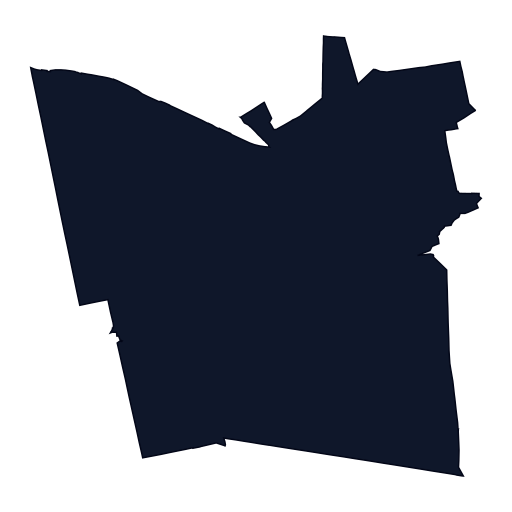 the district of Daudzeses pag., Jaunjelgavas, Latvia
{"feature_id": "27541924B85634825101780", "entity_name": "Daudzeses pag.", "entity_type": "district", "adm_level": 2, "iso_a3": "LVA", "parent_name": "Latvia", "parent_adm1": "Jaunjelgavas", "projection": "orthographic", "projection_center": [25.199, 56.482], "detail": "fine", "context": "isolated", "style": "filled", "palette": "ink", "viewbox_px": 512, "rotation_deg": 0, "n_neighbors": 0, "source": "geoboundaries", "source_scale": "gbopen_adm2", "svg_char_len": 5678}
<svg xmlns="http://www.w3.org/2000/svg" viewBox="0 0 512 512"><path d="M193.5,448.1L199.8,446.9L200.8,446.5L206.8,445.1L216.2,442.9L218.7,443.7L224.5,445.6L225.0,445.9L225.4,444.9L224.9,441.8L223.7,438.0L229.2,438.9L235.5,439.8L243.4,441.1L251.1,442.3L260.0,443.8L268.5,445.1L269.0,445.1L275.7,446.2L280.8,447.0L289.0,448.3L298.7,449.8L307.2,451.1L316.7,452.6L324.1,453.8L329.2,454.6L330.5,454.8L342.4,456.6L343.1,456.7L355.4,458.7L365.2,460.2L374.6,461.7L382.5,463.0L392.2,464.5L401.0,465.9L409.8,467.3L421.7,469.2L431.4,470.8L440.3,472.2L448.6,473.5L455.4,474.6L456.5,475.0L462.0,475.9L463.3,476.0L458.5,467.3L458.8,460.4L459.0,450.2L458.7,442.1L458.2,430.4L458.3,430.4L458.3,429.3L458.2,429.0L458.3,428.9L457.9,428.7L457.9,427.3L457.6,422.6L456.1,410.5L454.8,398.5L454.2,393.9L453.6,388.3L452.8,381.3L450.8,369.6L449.8,363.4L449.0,350.6L448.7,338.1L448.1,322.3L447.8,308.2L447.5,300.7L447.3,291.0L446.9,280.2L446.7,270.0L441.2,264.6L433.4,257.1L433.6,255.7L433.1,254.6L430.3,254.0L427.1,254.4L417.4,255.5L422.2,253.5L429.9,250.5L430.5,249.4L432.0,246.4L434.2,245.5L435.3,245.0L437.8,244.0L438.9,243.6L438.4,239.3L438.0,237.8L437.2,236.0L439.2,234.3L439.7,231.9L439.5,231.7L441.4,230.0L442.3,229.1L442.9,228.6L443.4,228.2L443.8,227.7L444.2,227.3L444.3,227.1L444.3,226.9L444.4,226.2L446.3,225.9L447.9,225.7L449.9,225.4L451.0,225.3L451.2,225.0L451.2,224.8L451.4,224.5L451.8,223.5L452.2,222.7L452.4,222.5L452.9,221.8L453.3,221.3L454.0,220.4L454.3,220.0L454.6,219.8L455.5,219.2L456.5,218.5L457.5,217.9L458.4,217.4L458.6,217.2L458.9,216.9L459.0,216.5L459.2,216.0L459.7,214.8L459.8,214.4L460.1,213.4L464.9,213.4L467.9,212.3L468.4,212.1L469.3,211.7L475.4,209.0L478.1,207.8L476.8,204.7L476.8,204.4L476.5,203.3L481.3,198.3L479.0,196.5L479.1,193.5L471.8,193.3L471.8,193.6L464.7,193.5L459.3,193.4L458.2,191.9L458.1,191.4L456.8,191.1L456.0,187.6L455.5,185.0L454.8,182.1L454.4,180.4L454.1,178.7L453.5,175.5L453.0,173.3L453.0,173.1L452.8,172.7L452.2,170.2L452.1,169.9L451.5,167.0L450.2,160.7L449.7,158.3L449.5,157.3L449.0,155.4L447.7,149.5L446.3,142.6L445.8,138.3L445.5,136.0L444.9,131.8L444.8,130.8L445.7,130.5L446.9,130.3L448.6,130.0L449.0,129.9L449.8,129.9L450.4,129.8L450.8,129.8L453.1,129.4L454.2,129.2L456.0,128.8L457.8,128.6L457.2,126.7L457.0,125.6L456.2,122.5L457.6,121.6L463.9,117.9L470.6,113.4L475.2,110.6L475.3,110.2L474.2,109.2L470.0,104.9L468.8,103.7L468.2,100.8L467.4,96.9L466.3,91.6L465.6,88.3L465.2,86.4L464.0,80.9L463.5,78.3L463.3,77.5L462.9,75.5L462.4,72.8L462.2,71.7L462.1,71.4L462.0,71.0L460.8,66.3L459.8,61.4L449.3,63.0L443.6,64.0L442.4,64.2L439.6,64.6L432.9,65.6L432.0,65.7L425.2,67.1L419.4,67.6L415.2,68.2L410.4,68.9L407.6,69.3L403.4,69.9L399.3,70.5L395.1,71.0L391.0,71.5L387.0,72.1L383.0,71.7L380.3,71.5L376.1,69.8L375.8,69.8L375.6,69.6L373.5,69.4L369.0,73.7L365.7,76.8L365.1,77.4L361.5,80.8L360.3,81.9L357.9,84.3L357.3,82.2L357.2,81.8L356.1,78.2L355.2,75.1L353.9,70.4L353.4,68.8L352.8,66.7L350.9,59.9L349.6,55.6L349.0,53.7L348.5,51.7L345.5,41.3L345.4,41.0L344.5,37.7L341.2,37.5L334.0,36.9L333.3,37.0L330.4,36.8L327.6,36.6L326.4,36.4L324.0,36.1L323.6,36.0L323.5,38.5L323.5,43.1L323.3,46.9L323.1,54.7L323.0,61.7L322.8,64.2L322.8,68.8L322.7,73.5L322.7,79.2L322.5,84.2L322.5,85.4L322.5,86.8L322.4,88.6L322.5,90.4L322.5,93.6L322.4,94.8L322.4,95.4L322.3,95.9L322.4,98.0L319.5,100.4L314.8,104.2L311.2,107.2L307.0,110.6L306.8,110.9L305.8,111.7L300.4,116.1L296.1,118.5L292.9,119.9L293.0,120.0L292.8,120.1L288.9,122.4L283.5,125.5L277.6,128.7L276.9,129.2L276.0,129.5L274.0,129.5L273.5,129.4L273.5,129.2L271.3,125.2L269.3,122.4L271.6,118.4L270.1,115.1L268.6,111.9L266.9,108.3L265.3,104.7L264.3,102.4L264.2,102.3L261.2,104.2L250.7,111.1L247.0,113.3L246.5,113.6L241.7,116.6L240.5,117.3L240.4,117.3L241.3,118.1L242.0,118.9L242.6,120.2L244.4,122.9L248.5,125.0L249.1,125.6L250.0,126.5L250.2,126.4L251.3,127.5L252.2,128.4L254.4,130.6L255.4,131.6L256.6,132.9L256.9,133.3L257.4,133.8L258.4,134.9L259.2,135.6L261.2,137.5L262.1,138.5L262.7,139.1L263.1,139.6L263.7,140.2L264.0,140.4L264.8,141.0L265.4,141.6L265.6,141.9L265.9,142.3L266.1,142.5L266.3,142.7L267.0,143.3L267.6,143.9L268.2,144.4L268.5,144.7L268.5,144.8L268.8,145.8L268.8,146.1L268.9,146.3L269.0,146.6L269.5,147.1L268.3,147.1L266.9,146.9L264.5,146.7L262.0,146.3L259.4,145.9L254.4,144.7L249.7,143.0L240.4,138.7L230.9,134.3L230.8,133.6L224.3,130.7L219.2,128.3L218.9,128.9L215.5,127.2L212.0,125.0L208.3,123.3L208.2,123.6L201.6,120.2L190.5,115.1L183.6,111.9L177.0,108.8L168.9,105.1L169.1,104.9L165.2,103.1L160.8,101.4L158.8,101.6L148.2,96.8L142.0,93.8L137.6,90.4L131.6,87.5L126.0,84.8L117.0,80.6L113.4,79.2L113.3,79.5L109.1,78.2L106.4,77.6L102.8,76.9L99.2,76.3L91.4,74.8L87.9,74.3L81.3,73.1L81.2,73.9L78.2,72.8L77.9,72.5L75.8,72.1L75.0,71.6L71.5,71.0L65.6,70.2L61.2,69.9L55.3,69.9L50.4,70.6L50.4,71.6L47.2,71.5L47.1,70.6L41.7,69.9L41.7,70.4L40.2,70.3L37.0,69.8L34.4,69.1L30.7,67.6L32.4,76.6L33.5,81.6L36.0,93.5L38.4,105.3L40.9,117.0L43.3,128.8L45.7,140.6L48.2,152.3L50.6,164.1L53.0,175.9L55.4,187.6L57.7,199.2L59.8,209.5L62.0,220.3L64.6,232.8L67.2,244.9L69.7,256.9L72.2,269.0L74.7,281.1L77.2,293.2L79.8,305.3L89.7,303.2L99.6,301.2L107.9,299.6L110.5,312.0L112.9,322.0L113.1,322.6L113.1,322.9L113.5,325.4L113.3,327.7L112.6,327.9L112.4,328.1L112.6,328.7L111.3,331.5L110.8,331.9L110.7,332.4L110.4,332.9L111.2,332.6L111.9,332.3L112.5,332.2L116.5,332.3L116.9,336.1L118.6,336.0L120.1,339.9L122.3,340.9L121.8,341.5L119.7,341.2L117.2,343.0L119.9,354.8L122.5,366.6L125.2,378.3L125.3,378.7L127.0,386.8L129.2,397.1L131.5,407.4L134.2,419.5L136.9,431.5L139.3,442.7L141.7,453.1L142.7,457.8L153.9,455.7L161.2,454.3L169.2,452.6L177.1,451.0L185.1,449.4L193.0,447.7L193.0,448.2L193.5,448.1Z" fill="#0f172a" stroke="#020617" stroke-width="1.5"/></svg>